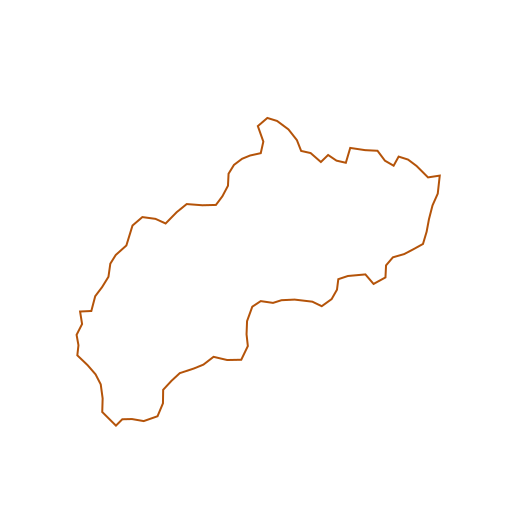 the district of Louveira, São Paulo, Brazil, rotated 345°
{"feature_id": "56859067B25625796760656", "entity_name": "Louveira", "entity_type": "district", "adm_level": 2, "iso_a3": "BRA", "parent_name": "Brazil", "parent_adm1": "São Paulo", "projection": "robinson", "projection_center": [-46.935, -23.083], "detail": "fine", "context": "isolated", "style": "outline", "palette": "amber", "viewbox_px": 512, "rotation_deg": 345, "n_neighbors": 0, "source": "geoboundaries", "source_scale": "gbopen_adm2", "svg_char_len": 1290}
<svg xmlns="http://www.w3.org/2000/svg" viewBox="0 0 512 512"><g transform="rotate(345 256 256)"><path d="M302.7,125.6L291.4,131.0L292.7,147.4L287.2,157.9L276.3,157.4L267.7,158.5L258.3,162.3L250.8,169.4L247.1,180.9L239.0,189.6L230.5,196.3L217.3,193.1L202.5,187.9L190.8,193.1L177.1,201.2L168.5,194.1L156.3,189.0L144.6,194.6L133.5,212.3L120.8,218.7L113.3,225.7L108.1,237.9L99.3,246.2L90.3,253.2L82.7,266.5L71.7,264.1L70.4,276.7L62.3,285.7L61.4,296.3L57.7,305.7L65.1,317.9L70.4,328.8L72.8,339.8L71.0,353.9L67.1,366.9L76.8,383.6L84.6,379.1L94.0,381.4L104.8,386.4L119.4,385.3L128.0,374.2L131.7,361.2L142.2,354.6L152.1,349.4L166.8,348.6L177.1,347.3L188.9,342.4L201.2,349.0L214.9,352.4L224.8,340.9L226.6,329.2L230.5,316.6L239.3,304.0L248.9,300.8L260.3,305.7L269.2,305.3L282.0,308.1L298.6,314.7L306.5,321.5L317.9,317.2L325.5,309.5L329.5,299.7L339.6,299.1L356.9,302.1L362.3,313.4L375.5,310.2L379.2,298.7L387.9,292.7L399.6,292.5L409.4,290.3L420.4,287.6L427.1,276.7L432.6,265.2L439.6,252.8L447.7,242.8L454.3,225.9L442.5,224.6L434.4,210.6L427.8,202.2L419.5,196.9L412.3,204.4L405.2,197.3L400.6,185.8L388.8,182.0L375.0,176.0L366.9,189.2L358.4,184.7L351.8,177.1L343.0,182.0L335.4,170.7L326.8,166.2L325.5,154.7L320.1,142.1L311.3,131.0L302.7,125.6Z" fill="none" stroke="#b45309" stroke-width="2"/></g></svg>